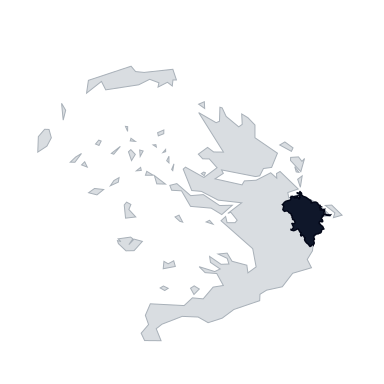 Greece, with Ipeiros highlighted, rotated 166°
{"feature_id": "GRC-2949", "entity_name": "Ipeiros", "entity_type": "Region", "adm_level": 1, "iso_a3": "GRC", "parent_name": "Greece", "parent_adm1": "", "projection": "natural_earth1", "projection_center": [20.643, 39.638], "detail": "fine", "context": "in_parent", "style": "filled", "palette": "ink", "viewbox_px": 384, "rotation_deg": 166, "n_neighbors": 0, "source": "natural_earth", "source_scale": "10m", "svg_char_len": 7348}
<svg xmlns="http://www.w3.org/2000/svg" viewBox="0 0 384 384"><g transform="rotate(166 192 192)"><path d="M258.0,55.2L273.9,59.3L275.5,67.3L266.2,73.9L267.1,83.6L259.5,93.6L227.1,83.7L217.2,89.2L207.0,85.6L194.5,94.6L184.2,93.7L187.7,106.9L198.8,110.6L203.1,117.8L189.2,109.3L183.3,110.5L191.1,119.2L190.5,125.2L181.3,114.8L173.6,113.2L173.9,119.1L181.7,125.5L172.7,124.2L169.9,115.1L156.5,107.7L157.3,100.0L147.9,103.8L146.8,122.3L170.8,157.1L165.3,160.1L165.4,153.7L157.7,151.8L155.0,153.7L156.6,157.3L159.2,162.9L162.4,162.6L146.4,169.5L168.6,177.8L182.7,190.3L191.9,193.5L195.0,216.3L192.3,217.7L176.9,203.2L161.8,209.5L167.2,219.9L173.6,221.6L176.7,227.2L166.1,231.5L161.3,225.6L151.8,223.1L166.3,267.4L151.8,253.4L148.2,254.0L144.4,267.5L142.4,266.3L140.6,257.1L130.9,243.9L126.9,245.5L124.9,255.7L119.8,250.6L114.7,241.8L117.8,229.4L99.7,209.0L108.8,196.6L117.0,197.5L122.4,191.3L126.6,191.6L158.0,206.3L157.1,202.5L166.5,199.2L141.7,186.8L138.5,190.1L126.9,187.9L111.0,191.6L106.4,184.9L105.5,189.5L101.6,190.6L88.2,169.2L99.2,168.3L99.5,162.9L88.5,163.8L73.0,150.9L63.4,135.5L71.4,136.8L75.7,131.8L73.4,124.6L84.6,119.1L89.3,105.8L96.5,98.7L94.4,89.6L114.0,88.8L127.3,78.2L143.4,78.7L150.8,76.3L152.6,70.2L179.8,67.9L193.2,62.3L208.0,61.3L216.3,69.2L231.6,73.7L253.1,71.0L259.8,68.0L258.0,55.2ZM189.3,304.4L199.6,302.0L197.7,306.0L205.8,311.6L217.8,308.9L251.0,312.0L253.1,321.2L270.4,313.4L265.5,325.4L220.7,328.8L217.6,322.5L209.5,319.6L180.9,315.7L180.0,304.5L183.4,305.3L185.5,299.6L189.3,304.4ZM168.6,162.9L177.3,171.7L196.9,178.4L201.9,195.7L211.3,198.6L211.9,203.8L204.7,203.8L194.2,188.8L181.6,186.7L168.5,172.2L156.1,169.4L168.6,162.9ZM270.3,150.9L275.9,159.7L276.1,162.9L273.0,161.1L275.0,164.4L262.5,163.1L260.7,160.9L266.0,156.2L259.6,160.3L252.1,156.1L262.4,149.1L270.3,150.9ZM319.8,288.5L315.6,287.3L315.4,278.6L321.7,271.6L332.0,268.0L327.7,282.9L319.8,288.5ZM260.9,195.8L257.9,198.0L254.3,194.7L257.5,190.3L252.6,181.4L262.8,182.7L260.9,195.8ZM81.5,185.4L88.8,198.8L87.9,201.7L80.2,200.3L77.9,195.1L74.7,197.3L81.5,185.4ZM65.9,146.7L59.6,145.5L52.0,133.2L61.0,132.9L58.4,137.2L65.9,146.7ZM238.5,124.5L236.0,131.5L232.5,128.1L226.4,129.7L226.2,123.8L238.5,124.5ZM284.9,212.2L292.5,216.3L285.7,219.0L277.1,215.8L284.9,212.2ZM216.7,99.0L212.6,100.4L208.4,96.1L214.9,92.1L216.7,99.0ZM85.7,207.4L95.5,216.4L89.8,218.1L83.3,210.4L85.7,207.4ZM243.9,246.4L241.1,247.9L237.9,242.2L243.1,237.1L243.9,246.4ZM224.2,208.4L224.5,217.0L215.8,206.1L224.2,208.4ZM299.6,292.9L297.1,309.6L294.8,301.9L299.6,292.9ZM86.4,178.8L81.2,181.0L85.7,170.4L86.4,178.8ZM164.3,275.6L158.2,276.6L159.5,270.0L164.3,275.6ZM289.9,256.1L298.4,249.2L302.9,250.4L296.4,254.1L289.9,256.1ZM259.3,223.6L261.1,219.4L269.7,217.8L265.0,222.0L259.3,223.6ZM233.7,239.0L232.6,245.4L229.5,243.6L233.7,239.0ZM233.1,219.5L230.9,223.0L225.6,217.7L233.1,219.5ZM214.5,171.9L210.2,172.7L208.3,165.0L210.9,166.5L214.5,171.9ZM246.1,106.6L242.5,107.7L238.4,104.3L242.3,103.0L246.1,106.6ZM211.1,254.6L211.0,257.9L204.3,259.0L205.3,255.4L211.1,254.6ZM260.9,249.0L250.5,253.6L258.8,247.6L260.9,249.0ZM206.3,218.8L202.7,223.7L205.5,217.4L206.3,218.8ZM240.9,226.0L235.9,228.3L236.0,225.2L240.9,226.0ZM274.0,261.9L269.9,264.9L267.8,263.4L271.0,259.7L274.0,261.9ZM292.6,245.0L288.8,247.3L287.6,241.5L292.6,245.0ZM209.0,228.5L205.7,232.3L207.3,225.8L209.0,228.5ZM86.0,186.3L86.2,191.7L83.5,185.2L86.0,186.3ZM239.6,256.5L238.2,258.9L234.7,254.8L239.6,256.5ZM185.5,159.5L181.8,160.3L179.4,155.7L185.5,159.5ZM178.5,207.6L175.8,208.5L174.3,207.4L176.3,204.9L178.5,207.6ZM210.7,237.3L207.3,239.7L207.8,237.5L210.7,237.3ZM239.8,266.4L240.7,271.8L238.6,271.0L239.8,266.4ZM218.4,247.1L215.6,246.7L215.7,244.2L218.4,247.1Z" fill="#d9dde1" stroke="#a8b0b8" stroke-width="1"/><path d="M81.2,121.2L82.0,121.1L83.2,120.5L84.0,120.2L84.4,119.7L84.9,118.4L84.9,118.2L84.7,117.5L84.7,117.3L84.6,116.8L84.6,116.6L84.8,116.4L85.3,116.2L85.5,116.1L85.8,115.1L85.8,114.3L85.7,113.5L85.9,112.6L86.1,112.2L86.5,111.9L86.8,111.8L87.1,111.6L87.2,111.3L87.3,111.5L87.7,111.8L88.3,111.7L88.9,111.4L89.3,110.9L90.6,110.6L91.0,111.2L91.7,113.1L93.0,114.7L93.9,116.5L94.3,118.2L94.2,118.9L93.4,120.3L93.9,120.7L94.3,122.4L95.2,123.5L96.5,122.9L97.0,123.3L96.9,124.5L96.0,126.2L97.0,127.1L97.5,129.4L98.1,130.6L98.6,130.7L99.9,130.3L101.7,129.9L102.8,129.9L105.0,131.1L105.0,131.7L104.1,131.4L103.5,131.7L103.2,132.2L102.5,132.5L102.2,133.1L102.0,133.7L102.5,136.0L102.6,137.2L102.0,137.2L101.5,136.8L100.2,136.7L99.6,137.1L99.2,137.5L99.5,138.8L99.6,139.9L100.1,140.5L100.6,140.7L101.0,141.3L100.8,142.4L101.1,143.6L100.6,144.0L100.5,144.6L101.0,145.2L101.3,145.9L101.1,146.5L101.4,147.2L102.9,148.5L103.4,149.9L104.5,150.7L106.2,150.9L106.8,150.8L107.6,151.7L108.1,152.9L106.4,156.0L106.5,156.7L107.3,157.9L106.6,158.2L104.9,159.6L103.6,160.1L103.0,160.3L99.0,160.4L98.4,160.6L97.9,161.1L97.5,162.1L97.6,162.6L97.4,162.6L96.8,163.3L97.5,163.8L95.7,163.5L95.7,163.3L95.3,163.2L95.0,162.9L94.7,162.7L94.1,162.8L93.8,162.6L93.6,162.2L93.5,161.9L93.7,161.7L94.0,161.6L94.0,161.3L93.7,161.3L93.4,161.5L93.1,161.6L92.7,161.4L92.4,161.0L92.2,161.0L92.0,161.4L91.4,161.8L91.3,162.0L91.5,162.4L91.8,162.5L92.0,162.7L90.6,162.7L91.1,162.4L91.0,162.2L91.0,161.8L90.9,161.5L90.7,161.6L90.6,161.4L90.7,161.2L90.4,161.0L90.2,161.1L90.0,161.3L90.4,160.5L90.3,159.8L89.9,159.5L89.5,159.9L89.3,159.7L89.2,159.9L89.0,160.2L88.8,160.3L88.4,160.5L88.4,160.8L88.9,160.9L88.8,161.2L88.8,161.7L88.6,162.2L88.4,162.5L88.2,162.6L87.9,162.8L87.8,163.3L87.3,163.0L87.4,163.4L87.4,163.6L87.5,163.6L87.8,163.5L89.3,164.8L89.9,165.1L90.1,165.3L90.2,165.6L90.1,165.8L89.8,165.7L89.2,165.3L88.3,165.0L88.1,165.1L87.8,165.2L87.8,165.4L87.5,165.9L87.1,166.2L86.9,165.9L86.8,165.5L86.6,165.2L86.3,165.0L86.2,164.8L86.2,164.5L86.1,164.4L86.0,164.2L86.2,163.8L86.4,163.7L86.1,162.2L85.5,161.2L84.6,160.5L83.6,159.9L82.6,159.2L80.0,156.0L79.1,155.4L78.8,155.1L78.9,154.7L78.7,154.3L78.7,153.9L78.7,153.4L78.9,153.0L78.9,152.7L78.5,152.9L78.2,153.0L77.9,152.8L77.8,152.5L77.3,152.7L76.9,152.7L76.4,152.5L76.0,152.2L75.1,152.5L73.8,151.9L72.8,150.7L72.7,149.4L72.3,149.0L72.0,148.5L71.7,148.1L71.0,148.0L71.0,147.8L71.2,147.5L70.9,147.2L70.6,146.6L70.3,146.4L70.9,146.2L71.5,146.2L72.0,146.1L71.9,145.6L71.5,145.2L70.3,144.4L70.3,144.2L70.9,144.2L71.3,144.3L71.6,144.3L71.9,143.9L71.9,143.6L71.5,143.4L71.0,143.1L70.5,143.1L70.5,143.6L70.2,143.4L69.9,143.1L69.5,143.1L69.9,142.8L69.3,142.6L68.7,142.6L68.2,142.6L67.7,142.8L67.9,142.4L68.0,142.1L68.1,141.6L68.1,141.1L68.3,141.4L68.5,141.4L68.8,141.2L69.0,140.9L69.0,140.7L69.0,140.2L69.4,139.8L69.2,138.9L68.7,138.6L68.1,138.4L67.9,138.2L67.3,137.6L67.1,137.6L66.7,137.5L66.5,137.3L66.2,137.0L64.8,136.7L64.1,136.4L63.7,136.2L63.4,136.2L63.9,135.8L65.0,136.2L66.2,136.6L67.7,137.3L68.6,138.1L69.3,138.4L69.8,138.3L69.9,138.1L69.9,137.8L69.9,137.5L70.2,137.2L70.5,137.1L71.0,137.2L71.3,137.4L71.4,136.5L71.9,136.1L72.5,135.7L72.9,135.2L73.0,134.8L72.9,134.5L72.7,134.4L72.6,134.0L72.6,133.9L72.3,133.6L72.3,133.3L72.5,132.9L72.5,132.7L72.4,132.3L72.2,132.2L72.4,131.7L72.7,131.6L73.0,131.6L74.2,132.1L74.8,132.4L75.3,132.5L75.9,131.9L76.2,131.1L76.0,130.4L74.6,128.1L73.8,127.3L73.6,127.1L73.1,124.6L73.0,124.3L73.4,124.2L75.0,124.2L75.5,124.0L75.6,123.3L75.9,122.6L76.3,122.0L76.7,121.5L77.3,121.2L78.4,121.3L78.9,121.1L79.5,120.9L81.2,121.2Z" fill="#0f172a" stroke="#020617" stroke-width="1.5"/></g></svg>